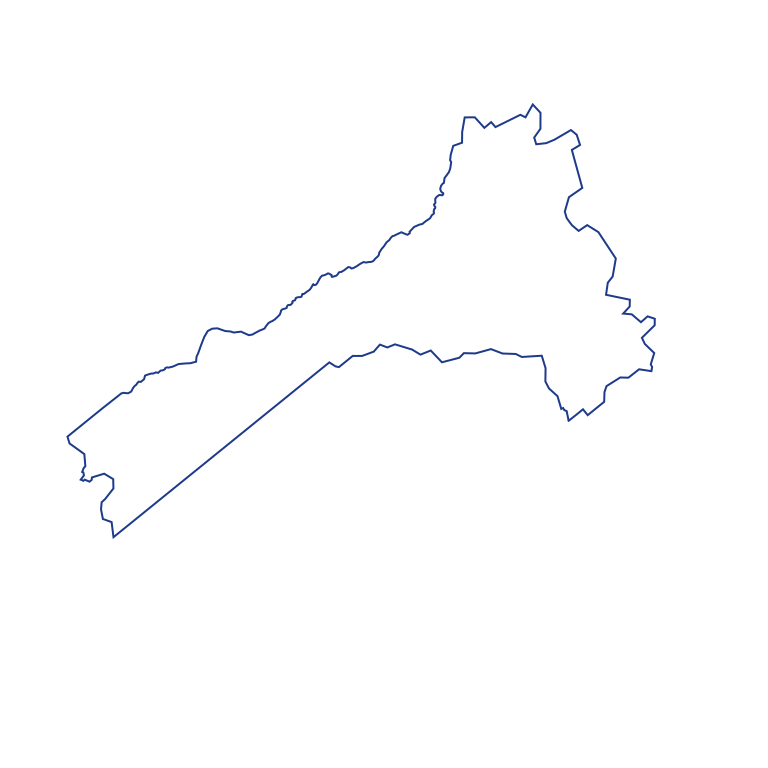 outline of Marion, Oregon, United States of America, rotated 141°
{"feature_id": "52423323B47476867607178", "entity_name": "Marion", "entity_type": "district", "adm_level": 2, "iso_a3": "USA", "parent_name": "United States of America", "parent_adm1": "Oregon", "projection": "robinson", "projection_center": [-122.538, 44.984], "detail": "fine", "context": "isolated", "style": "outline", "palette": "blue", "viewbox_px": 768, "rotation_deg": 141, "n_neighbors": 0, "source": "geoboundaries", "source_scale": "gbopen_adm2", "svg_char_len": 3927}
<svg xmlns="http://www.w3.org/2000/svg" viewBox="0 0 768 768"><g transform="rotate(141 384 384)"><path d="M124.9,335.6L121.8,367.1L126.1,379.6L136.4,380.5L138.0,389.1L137.9,392.9L137.6,398.0L135.0,404.2L122.7,412.8L106.5,411.6L90.7,447.7L81.2,446.4L77.4,456.4L78.9,463.7L97.8,466.6L106.4,469.1L114.8,474.5L112.2,481.0L101.8,483.9L91.7,496.3L92.5,507.6L106.2,502.2L108.6,507.4L135.7,513.5L135.9,520.1L144.8,519.9L145.6,534.1L153.5,540.4L164.7,530.6L171.5,522.4L180.3,525.5L187.7,520.3L191.8,516.3L192.1,514.2L196.9,509.8L200.2,507.8L207.4,505.9L210.9,502.6L211.8,502.8L213.1,502.6L214.4,502.3L215.7,501.6L217.6,500.2L218.4,498.0L218.4,496.4L217.9,495.0L218.7,494.1L220.0,494.0L221.0,495.1L222.1,496.1L223.4,496.2L224.9,496.3L226.2,496.1L227.7,495.6L228.9,494.1L230.0,492.5L230.9,492.2L232.2,492.0L232.7,490.9L232.7,489.3L233.8,488.3L235.0,488.3L236.9,486.8L237.4,485.5L238.4,485.0L240.6,485.1L242.3,484.4L244.1,483.8L246.5,484.0L248.4,484.2L250.9,484.3L253.4,484.2L256.2,485.6L261.8,487.1L268.3,486.2L269.0,485.0L271.7,485.1L272.9,486.9L275.0,491.0L279.4,492.1L281.1,492.5L282.9,492.9L284.4,493.6L286.8,493.3L289.4,492.5L292.8,492.5L297.3,491.1L301.0,490.4L305.2,489.0L306.4,487.8L308.1,487.1L311.9,486.9L314.8,486.3L317.0,486.9L319.6,488.7L321.4,489.6L323.3,491.7L327.3,492.4L331.0,492.7L333.4,493.1L335.4,493.6L336.6,494.2L336.9,495.9L338.3,497.4L340.7,497.4L343.6,497.5L346.7,498.0L348.6,499.1L350.0,498.7L351.2,498.3L352.8,498.2L355.0,499.0L356.6,499.7L357.1,500.2L356.8,500.9L356.2,501.5L356.8,503.1L357.1,504.1L357.9,505.2L359.1,505.4L361.7,506.0L364.1,507.2L366.5,506.8L368.6,506.0L370.9,505.0L372.6,504.3L374.4,504.0L375.4,504.4L376.2,505.0L376.1,505.4L376.2,506.0L376.6,506.0L377.9,505.5L378.8,505.1L380.2,504.6L381.6,504.2L383.0,504.0L384.2,504.1L385.9,504.3L387.5,504.3L388.8,504.4L389.9,504.5L390.3,504.9L390.8,505.3L391.3,505.0L392.3,504.3L393.3,503.8L394.3,504.2L395.2,504.8L396.3,505.6L397.5,506.1L398.6,506.3L399.5,505.5L400.4,505.1L401.6,505.5L402.7,505.9L403.6,505.5L403.9,504.7L405.2,504.5L405.9,504.3L407.1,504.4L407.8,505.0L408.9,505.7L409.9,505.6L410.9,505.1L411.8,504.4L413.0,504.7L414.6,505.4L415.9,505.9L416.6,506.0L417.8,505.8L418.7,505.1L421.2,503.5L423.0,503.3L424.9,503.1L428.4,502.9L431.2,503.2L433.3,503.8L435.8,504.1L436.5,503.8L439.0,503.3L441.9,502.3L444.3,502.9L446.6,503.7L449.7,504.3L452.8,504.9L455.0,505.2L458.3,507.0L462.2,514.7L468.3,518.5L470.4,521.6L474.0,525.0L478.5,532.2L482.7,535.1L487.7,536.1L494.0,533.7L498.1,531.4L502.1,529.1L508.8,525.0L512.6,523.1L516.0,519.6L521.4,522.0L524.5,524.3L526.5,525.7L531.1,528.8L537.1,530.4L541.1,532.3L542.2,533.5L544.0,534.0L544.9,533.4L547.0,533.7L549.2,535.0L552.5,534.8L554.0,536.6L556.6,537.3L558.5,538.7L561.7,540.0L564.4,540.9L567.5,538.7L571.7,538.7L573.2,540.2L575.3,539.9L577.0,539.3L578.8,539.4L581.3,538.9L585.2,537.2L588.6,537.8L590.5,539.5L592.0,541.1L594.1,542.0L617.9,542.3L657.0,542.3L663.1,542.3L665.8,535.7L661.0,518.1L667.8,508.1L670.4,507.6L673.9,505.6L673.3,504.5L674.7,501.8L679.9,500.5L678.5,497.9L676.8,498.0L674.3,493.4L671.4,493.5L669.8,495.2L657.9,490.4L654.3,480.5L660.0,473.1L673.1,470.1L677.8,469.8L682.8,464.7L687.4,456.0L682.6,448.1L690.6,435.2L677.4,435.2L412.9,435.2L410.6,428.2L408.4,425.5L390.6,425.5L383.4,419.6L371.6,415.6L362.4,417.2L358.4,410.3L350.5,407.9L340.5,393.1L337.2,383.9L326.6,380.6L325.3,364.4L308.9,357.0L302.5,357.7L293.8,350.3L278.9,343.8L272.7,333.1L262.7,324.4L259.9,318.3L243.6,306.7L248.5,294.6L257.0,284.4L258.6,276.7L256.8,265.4L261.9,253.1L259.9,252.6L260.3,250.2L259.1,248.0L263.6,239.3L264.6,239.2L253.9,239.1L245.3,239.1L245.3,231.6L224.1,231.6L217.7,239.0L212.4,242.3L196.3,240.4L190.1,235.1L176.5,234.9L168.1,225.7L165.0,228.4L164.3,231.4L154.5,238.0L156.1,251.0L154.5,257.6L136.7,259.3L132.5,264.3L136.6,270.7L145.4,270.3L147.6,282.2L153.8,288.2L144.3,289.6L139.9,294.8L155.3,313.6L146.3,321.9L138.7,323.6L124.9,335.6Z" fill="none" stroke="#1e3a8a" stroke-width="2"/></g></svg>